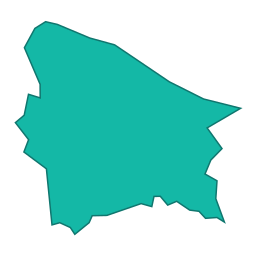 Johnson, Kentucky, United States of America (Natural Earth projection)
{"feature_id": "52423323B17100846991834", "entity_name": "Johnson", "entity_type": "district", "adm_level": 2, "iso_a3": "USA", "parent_name": "United States of America", "parent_adm1": "Kentucky", "projection": "natural_earth1", "projection_center": [-82.813, 37.852], "detail": "fine", "context": "isolated", "style": "filled", "palette": "teal", "viewbox_px": 256, "rotation_deg": 0, "n_neighbors": 0, "source": "geoboundaries", "source_scale": "gbopen_adm2", "svg_char_len": 606}
<svg xmlns="http://www.w3.org/2000/svg" viewBox="0 0 256 256"><path d="M240.6,108.3L203.6,99.0L169.3,81.8L114.7,44.9L89.7,38.0L57.3,24.4L45.6,21.7L34.9,28.4L24.4,47.7L40.1,84.3L40.2,97.9L28.5,94.3L24.2,115.2L15.4,122.6L28.6,139.7L23.9,152.0L46.4,168.8L52.0,224.9L59.8,222.7L70.3,227.5L74.8,234.3L89.1,222.7L92.2,215.7L106.9,215.4L141.1,203.6L151.8,206.6L154.0,196.4L160.3,196.3L167.7,205.1L176.7,201.3L189.7,210.1L199.0,211.3L205.5,218.3L217.0,217.5L224.4,222.1L215.8,198.7L217.0,180.8L205.0,174.0L210.8,160.1L222.0,148.6L207.1,127.9L240.6,108.3Z" fill="#14b8a6" stroke="#0f766e" stroke-width="1.5"/></svg>